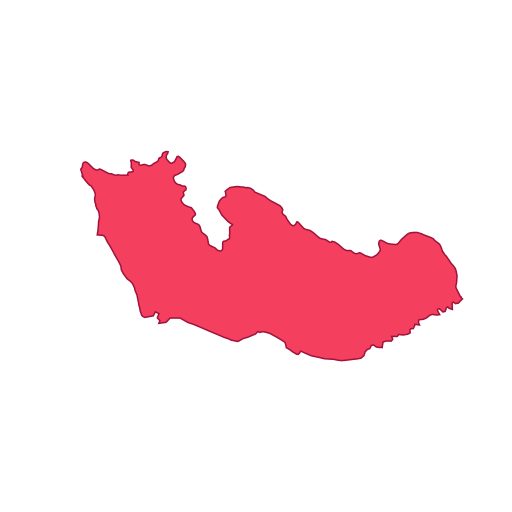 the district of Mandiana, Mandiana, Guinea, rotated 304°
{"feature_id": "49546643B67473886511689", "entity_name": "Mandiana", "entity_type": "district", "adm_level": 2, "iso_a3": "GIN", "parent_name": "Guinea", "parent_adm1": "Mandiana", "projection": "equal_earth", "projection_center": [-8.547, 10.818], "detail": "fine", "context": "isolated", "style": "filled", "palette": "rose", "viewbox_px": 512, "rotation_deg": 304, "n_neighbors": 0, "source": "geoboundaries", "source_scale": "gbopen_adm2", "svg_char_len": 6003}
<svg xmlns="http://www.w3.org/2000/svg" viewBox="0 0 512 512"><g transform="rotate(304 256 256)"><path d="M335.9,451.2L336.1,450.1L336.1,449.4L336.8,448.9L336.8,447.9L338.0,445.7L341.2,440.0L342.5,438.6L346.0,437.2L352.1,433.7L355.7,430.0L356.8,428.5L357.2,428.0L358.1,425.5L359.0,422.0L362.2,414.0L362.6,412.0L363.5,409.5L363.9,409.4L364.0,408.3L366.6,404.7L367.6,403.3L368.5,401.1L368.8,395.5L369.4,393.6L369.3,392.1L369.2,391.1L367.3,383.0L367.0,380.8L365.6,376.3L363.6,373.4L360.9,370.4L358.8,369.3L351.0,367.3L345.7,366.8L345.1,366.5L343.8,365.7L340.8,360.2L339.8,357.4L339.6,355.3L339.5,353.7L339.0,350.8L338.7,350.4L337.4,349.9L335.1,350.6L333.8,351.8L331.6,354.6L331.2,355.2L331.0,355.4L329.3,355.9L326.4,355.8L324.2,355.4L320.1,353.3L319.0,351.8L317.3,346.0L317.0,341.1L316.6,340.0L316.3,339.8L314.4,338.4L313.6,337.3L313.2,335.3L313.5,331.6L312.8,330.3L311.5,328.7L310.9,326.8L310.8,325.3L310.8,324.4L311.7,317.4L311.6,313.4L311.5,313.2L310.7,310.8L310.1,310.7L309.5,310.7L308.7,309.6L308.5,304.2L307.7,302.8L306.5,299.3L306.6,296.5L307.4,290.4L307.4,286.6L305.8,282.1L305.6,280.1L307.6,271.9L307.2,270.8L304.4,271.1L302.3,270.5L301.7,269.3L301.6,267.1L301.8,266.4L302.1,265.7L303.8,261.2L305.5,258.4L305.7,254.9L306.8,253.1L309.2,252.4L310.0,251.4L310.2,250.8L310.6,250.0L311.1,247.5L310.0,237.2L310.0,233.2L310.5,230.2L308.9,222.4L308.3,219.3L309.1,216.9L309.1,213.6L308.0,210.6L307.5,210.5L305.7,206.2L304.5,204.4L303.7,202.6L302.6,200.9L298.3,196.2L294.2,194.7L292.3,194.3L290.8,196.1L289.7,197.0L289.2,197.3L288.1,197.6L287.1,196.7L286.3,196.0L284.5,195.3L280.9,194.9L276.1,196.1L274.4,196.9L273.9,198.5L273.8,199.1L271.0,204.5L270.8,204.9L268.9,213.6L268.8,215.8L268.8,216.7L269.0,218.7L268.7,219.1L265.0,218.1L260.0,221.6L258.7,222.1L258.3,222.4L257.0,223.5L255.3,224.3L253.9,223.3L252.3,222.9L251.6,222.5L251.4,222.3L250.4,221.1L249.7,220.8L249.6,220.7L248.5,220.9L242.8,224.6L240.8,224.3L239.9,223.1L239.4,221.5L239.3,220.3L239.8,217.7L239.0,211.8L239.2,210.6L239.3,210.4L239.6,209.7L242.9,206.6L244.7,204.4L245.2,201.3L245.1,200.0L245.1,199.7L245.6,197.2L249.2,192.9L249.9,191.2L249.9,190.2L249.2,186.5L249.1,185.3L249.3,184.9L249.6,183.8L250.5,182.7L251.6,182.0L253.1,182.0L256.2,182.7L256.9,182.4L257.6,181.6L258.7,179.1L259.9,175.5L259.3,173.5L258.8,171.5L258.3,168.1L258.6,166.4L258.8,165.5L259.6,163.6L260.9,162.2L262.0,161.9L266.0,162.4L268.2,160.1L269.1,160.1L271.7,160.9L272.6,160.5L273.7,159.5L273.9,159.1L274.1,158.5L274.0,157.6L272.8,155.8L272.5,153.2L271.6,151.1L271.6,150.7L271.5,149.8L271.7,148.6L271.8,148.0L272.5,146.3L274.1,144.2L275.0,143.6L277.2,143.5L280.2,145.6L280.7,145.8L285.1,147.9L286.8,148.1L287.9,147.6L290.1,147.5L292.2,146.7L293.1,145.9L293.7,144.4L294.0,143.6L294.9,139.1L295.3,136.8L295.2,135.9L294.4,135.0L293.7,135.1L288.7,135.7L285.8,134.3L285.4,133.7L285.2,132.4L285.3,131.8L286.2,128.1L287.1,126.6L289.5,125.4L291.9,125.4L293.3,124.8L292.3,123.0L289.6,121.3L287.4,121.6L286.9,122.2L284.9,122.2L283.6,121.2L282.4,120.9L280.5,121.6L279.1,121.4L275.5,119.5L275.2,119.4L272.9,118.7L270.9,117.2L269.7,112.5L268.3,110.9L266.9,109.9L266.6,109.6L266.3,108.6L266.6,107.7L268.2,106.8L267.6,105.2L266.8,102.9L266.8,100.4L265.8,98.9L265.2,98.6L263.4,100.6L259.7,103.0L258.9,105.2L258.6,106.1L257.8,106.7L256.9,106.7L254.3,103.6L253.1,103.5L251.7,104.0L251.4,104.5L250.0,102.5L247.9,99.5L247.6,99.1L247.3,98.6L246.2,96.3L245.1,95.3L244.0,93.4L243.4,90.3L242.0,87.8L241.1,79.9L241.0,79.2L240.7,77.7L238.4,76.4L237.9,75.1L237.6,72.4L238.9,65.3L239.0,63.5L238.6,62.0L237.4,60.9L235.5,60.8L232.4,62.3L229.9,62.2L225.3,67.8L224.9,67.3L224.2,69.0L223.8,70.7L223.2,72.3L222.7,74.2L222.1,76.2L221.7,78.2L221.9,80.1L221.4,81.4L220.7,83.0L220.1,84.5L219.2,85.9L217.9,87.7L216.7,88.6L215.8,89.3L214.3,89.6L212.8,90.5L211.7,91.4L210.1,92.9L209.4,94.2L208.3,94.9L207.5,96.0L206.2,97.6L205.5,99.8L203.9,101.8L202.3,103.2L200.7,104.5L198.7,105.4L196.4,106.3L195.0,107.2L193.3,108.2L190.8,109.6L188.4,110.9L186.5,111.7L184.7,112.6L187.5,117.4L187.5,118.1L187.6,119.5L186.6,121.4L184.8,124.4L182.7,129.1L180.6,133.4L177.7,138.8L174.7,145.1L172.9,148.2L172.1,149.6L169.2,152.1L167.1,156.1L165.0,162.0L164.8,166.1L164.0,169.3L162.6,171.5L162.0,172.6L161.6,173.2L161.3,173.5L161.1,173.7L159.8,175.0L159.3,175.8L158.2,177.5L157.1,179.2L155.8,180.4L154.0,182.3L152.7,183.6L151.2,185.1L149.4,186.8L148.4,188.1L147.4,189.1L146.1,190.3L145.3,191.2L144.4,192.6L143.4,193.7L142.9,194.7L142.6,195.6L142.6,196.2L142.8,197.3L143.0,198.3L145.9,201.2L148.9,204.3L153.5,203.8L153.9,207.8L149.5,208.8L148.6,212.5L145.8,213.1L150.7,218.5L156.5,219.5L159.6,224.1L162.1,227.8L162.8,236.7L164.3,242.1L165.6,248.4L167.8,260.2L169.5,268.6L170.7,275.0L171.9,279.3L172.4,282.6L173.4,284.9L174.8,288.5L175.8,289.2L180.7,291.7L184.0,294.6L187.9,297.1L191.0,299.2L194.4,299.8L194.7,301.8L197.1,303.9L198.4,307.1L199.6,311.0L200.1,316.3L200.4,320.0L200.6,323.5L200.6,325.9L200.7,328.1L199.4,329.9L196.9,332.5L197.1,333.5L197.1,334.7L197.2,335.6L197.3,336.0L197.2,336.4L197.2,337.5L197.1,338.1L197.1,339.6L197.0,340.2L197.1,341.3L197.1,342.0L197.3,343.3L197.2,343.7L197.3,344.8L197.9,345.5L197.9,345.9L198.9,346.1L199.5,346.4L200.7,346.2L201.4,346.3L202.2,346.5L203.4,353.5L204.3,357.9L205.6,361.1L207.3,365.3L209.0,370.0L211.6,374.5L213.7,378.0L215.3,381.9L216.9,385.1L219.0,387.8L224.4,394.0L227.0,397.1L229.9,400.1L233.7,401.2L237.5,400.1L240.6,400.5L242.9,402.1L246.3,401.6L248.0,403.2L247.8,406.5L249.4,410.0L250.5,410.9L250.6,411.8L255.8,409.4L258.5,411.7L261.2,415.8L263.5,415.9L265.2,413.4L267.3,416.6L268.3,418.1L270.8,418.3L272.8,422.2L276.1,425.6L278.6,426.8L280.6,425.0L282.2,425.0L283.8,427.0L287.0,426.5L288.2,425.9L290.2,430.1L291.9,427.7L294.4,426.8L297.1,430.2L300.3,432.1L304.0,433.2L306.1,434.7L308.1,438.8L310.1,441.1L312.0,437.4L313.2,436.3L314.8,437.4L314.6,439.5L314.1,442.3L315.9,443.8L319.6,442.8L321.0,443.3L320.6,445.4L321.5,448.7L325.6,445.6L326.7,444.9L328.1,445.3L328.1,448.1L330.2,450.2L332.7,450.5L335.9,451.2Z" fill="#f43f5e" stroke="#9f1239" stroke-width="1.5"/></g></svg>